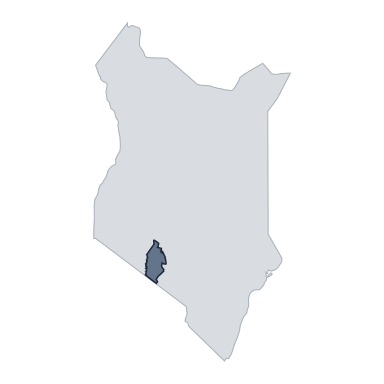 Kajiado West, Rift Valley, Kenya shown in context
{"feature_id": "3690345B61385295322660", "entity_name": "Kajiado West", "entity_type": "district", "adm_level": 2, "iso_a3": "KEN", "parent_name": "Kenya", "parent_adm1": "Rift Valley", "projection": "equal_earth", "projection_center": [36.295, -1.696], "detail": "fine", "context": "in_parent", "style": "filled", "palette": "slate", "viewbox_px": 384, "rotation_deg": 0, "n_neighbors": 0, "source": "geoboundaries", "source_scale": "gbopen_adm2", "svg_char_len": 5709}
<svg xmlns="http://www.w3.org/2000/svg" viewBox="0 0 384 384"><path d="M93.8,238.5L93.7,232.9L94.3,218.5L94.2,205.8L94.8,199.5L97.1,195.5L98.1,192.6L98.9,188.5L100.1,185.2L102.9,182.5L103.4,181.0L106.3,176.5L108.0,170.7L109.4,168.7L111.0,166.9L112.2,165.9L114.1,164.9L115.6,164.4L115.8,163.9L116.0,163.0L115.5,159.4L116.1,158.2L117.1,155.8L118.3,153.6L119.4,152.2L120.0,150.7L120.2,148.2L120.3,146.4L120.3,143.4L119.9,136.8L118.7,131.2L117.9,125.0L118.5,122.9L117.5,119.3L117.0,119.1L116.2,118.3L115.2,114.8L114.5,111.7L114.0,110.9L110.7,108.2L109.1,101.7L107.2,100.2L106.2,93.8L106.0,92.0L107.1,85.6L107.0,84.1L105.9,82.7L102.8,81.3L100.3,78.7L100.6,77.8L100.8,76.8L99.5,76.2L95.6,65.2L100.6,58.6L105.6,51.9L112.0,43.5L117.9,35.7L122.9,29.0L127.5,23.0L127.4,24.2L127.4,25.7L127.9,26.6L128.9,27.3L130.2,26.6L131.3,25.7L132.4,25.5L139.2,28.0L140.3,30.1L140.3,32.5L140.6,34.1L140.0,35.9L139.5,41.0L139.6,45.7L141.7,49.2L143.5,51.9L144.9,55.8L146.0,57.0L147.5,57.6L152.2,57.8L159.1,58.0L165.7,58.2L166.3,58.3L167.7,58.9L173.9,64.1L179.5,68.8L184.2,73.0L188.9,77.0L193.3,80.9L196.8,84.1L200.2,85.1L205.8,85.6L209.7,85.8L213.2,87.1L218.5,88.4L222.5,89.1L224.9,89.8L231.5,90.5L232.6,90.1L235.5,86.5L238.8,80.6L240.0,77.4L244.3,74.2L251.7,69.8L256.9,66.6L262.7,63.4L265.4,66.2L269.0,70.6L270.7,72.8L272.0,73.7L274.0,74.4L276.4,74.4L277.7,74.3L280.4,73.7L286.7,73.2L290.3,73.2L287.3,79.1L283.7,86.1L277.0,99.0L271.9,105.8L268.1,110.9L267.7,111.8L267.8,117.5L267.8,131.5L267.9,159.5L268.0,187.5L268.1,215.5L268.1,229.4L268.1,234.1L271.5,240.0L274.8,245.8L279.2,253.4L281.5,257.5L281.9,258.8L281.8,261.5L278.2,267.2L275.2,269.8L271.3,271.1L270.1,270.8L268.5,270.0L267.9,271.4L267.5,273.5L266.6,273.1L265.9,272.4L266.3,276.2L266.7,278.1L266.1,280.6L264.2,282.8L264.0,284.7L259.9,289.6L254.0,290.1L250.8,292.5L249.5,294.5L248.4,298.8L248.8,305.5L247.1,310.6L246.8,313.1L243.8,316.5L242.4,319.5L241.4,322.6L240.5,324.0L239.5,330.9L238.1,335.1L237.7,336.5L237.3,337.8L236.2,340.3L235.5,342.0L235.0,343.1L231.4,353.9L228.6,358.7L226.4,358.2L224.9,360.1L224.7,361.0L224.0,360.5L222.1,358.7L218.3,355.0L214.6,351.3L210.8,347.7L207.0,344.0L203.3,340.4L199.5,336.7L195.7,333.0L191.9,329.4L189.7,327.2L188.7,325.9L188.0,323.4L187.6,322.8L186.6,322.0L185.4,321.8L185.1,321.3L185.1,320.1L185.5,318.3L186.9,315.0L187.0,313.0L186.8,310.8L186.3,307.2L185.9,306.3L183.4,304.5L178.2,300.5L172.9,296.6L167.7,292.6L162.4,288.7L157.2,284.7L151.9,280.8L146.7,276.8L141.4,272.9L136.2,268.9L130.9,265.0L125.7,261.0L120.4,257.1L115.2,253.1L109.9,249.2L104.7,245.2L99.4,241.3L97.4,239.8L95.7,238.5L93.8,238.5ZM268.5,276.9L267.6,277.2L268.1,275.3L270.8,272.9L271.9,273.4L272.1,274.0L272.0,274.5L271.5,275.0L268.5,276.9Z" fill="#d9dde1" stroke="#a8b0b8" stroke-width="1"/><path d="M165.8,264.1L165.9,263.9L165.9,263.7L166.0,263.4L166.1,263.2L166.1,262.9L166.0,262.6L165.8,261.7L165.7,260.9L165.7,260.7L165.7,260.4L165.4,258.8L165.4,258.7L165.3,258.1L165.1,257.6L165.1,257.2L165.0,256.8L164.8,256.4L164.8,256.2L164.6,255.9L164.5,255.7L164.3,255.4L164.2,255.0L164.1,254.9L163.9,254.6L163.7,253.9L163.4,253.2L163.1,252.7L163.0,252.8L162.9,252.7L162.8,252.9L162.8,253.0L162.7,252.9L162.6,253.0L162.4,253.1L162.4,252.9L162.3,252.7L162.3,252.4L162.4,252.1L162.4,251.8L162.4,251.7L162.2,251.7L161.9,251.7L161.7,251.7L161.4,251.7L161.3,251.8L161.1,251.9L161.1,251.7L161.2,251.4L161.2,251.2L161.0,250.8L160.9,250.7L161.4,250.6L161.4,250.3L161.5,250.3L161.5,250.2L161.4,249.8L161.3,249.7L161.2,249.5L161.3,249.4L161.3,249.2L161.4,248.4L157.5,247.4L157.8,246.9L158.1,246.4L158.5,244.3L158.6,243.8L158.7,243.5L157.9,242.7L157.6,242.4L156.6,241.7L156.2,241.5L154.2,240.2L153.7,239.9L153.6,239.7L153.7,240.0L154.0,244.2L151.5,247.8L148.4,252.2L147.2,254.0L146.7,254.7L146.9,254.9L146.9,255.0L147.1,255.5L147.2,256.2L147.3,256.4L147.3,256.6L147.4,256.8L147.5,257.0L147.5,257.3L147.6,257.5L147.4,257.7L147.4,258.1L147.2,258.2L147.2,258.3L147.1,258.5L147.1,258.8L146.9,258.9L146.7,258.9L146.8,258.9L146.9,259.0L146.8,259.5L146.7,259.7L146.7,259.8L146.6,260.0L146.8,260.3L146.7,260.4L146.7,260.5L146.8,260.5L146.9,260.9L146.8,261.0L146.8,260.9L146.8,261.0L146.9,261.3L147.0,261.3L147.0,261.5L146.9,261.7L146.9,261.8L146.7,261.8L146.5,262.0L146.5,262.3L146.6,262.5L146.5,262.8L146.4,263.0L146.3,263.3L146.2,263.4L146.3,263.4L146.3,263.6L146.2,263.6L146.2,263.8L146.1,264.0L145.9,264.1L146.0,264.2L146.1,264.3L146.1,264.5L146.0,264.8L145.9,265.0L145.9,265.3L146.0,265.2L146.1,265.3L146.2,265.6L146.2,265.9L146.3,265.8L146.3,265.7L146.5,265.9L146.5,266.0L146.6,266.3L146.6,266.5L146.7,266.9L146.6,267.0L146.7,267.3L146.6,267.5L146.4,267.6L146.4,267.8L146.4,268.0L146.3,267.9L146.2,267.9L146.1,268.0L146.2,268.3L146.3,268.4L146.4,268.5L146.5,268.5L146.4,268.7L146.3,268.8L146.2,268.8L146.3,268.9L146.3,269.0L146.4,269.3L146.5,269.5L146.4,269.8L146.4,270.0L146.5,270.3L146.4,270.5L146.4,270.8L146.4,271.1L146.3,271.4L146.3,271.6L146.2,271.6L146.3,271.7L146.3,271.8L146.2,272.1L146.1,272.3L146.1,272.5L146.1,272.4L146.0,272.6L146.0,272.8L146.0,273.0L146.1,274.4L145.5,274.4L145.5,275.1L149.4,278.1L150.9,279.3L156.4,283.4L157.6,281.8L156.5,279.9L156.2,279.5L156.3,279.3L156.4,279.1L156.5,278.9L156.7,278.6L156.8,278.5L157.0,278.2L157.4,277.5L157.5,277.4L157.6,277.2L157.8,277.0L157.8,276.8L157.9,276.6L158.0,276.5L158.2,276.2L161.1,273.8L162.2,272.5L162.4,272.4L162.6,272.3L162.7,272.1L162.8,272.0L163.2,271.7L163.3,271.5L163.4,271.4L163.6,271.3L163.4,270.8L163.4,270.7L163.5,270.6L163.6,270.4L163.6,270.2L163.8,269.6L163.7,269.5L163.6,269.2L163.5,268.9L163.0,268.7L161.8,266.9L161.6,265.9L162.0,263.8L162.1,263.0L162.5,263.3L162.7,263.5L162.9,263.6L163.1,263.7L164.1,263.9L164.5,264.0L165.5,264.0L165.8,264.1Z" fill="#64748b" stroke="#1e293b" stroke-width="1.5"/></svg>